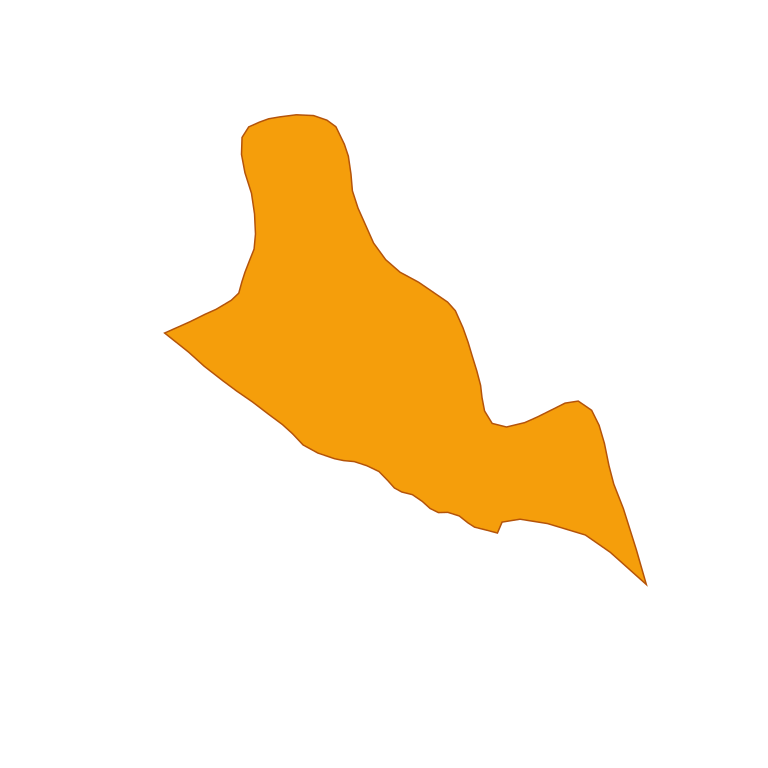 the district of Louetsi-Wano, Ngounié, Gabon, rotated 336°
{"feature_id": "22940354B18924798450478", "entity_name": "Louetsi-Wano", "entity_type": "district", "adm_level": 2, "iso_a3": "GAB", "parent_name": "Gabon", "parent_adm1": "Ngounié", "projection": "robinson", "projection_center": [11.582, -2.167], "detail": "fine", "context": "isolated", "style": "filled", "palette": "amber", "viewbox_px": 768, "rotation_deg": 336, "n_neighbors": 0, "source": "geoboundaries", "source_scale": "gbopen_adm2", "svg_char_len": 1271}
<svg xmlns="http://www.w3.org/2000/svg" viewBox="0 0 768 768"><g transform="rotate(336 384 384)"><path d="M542.1,673.9L547.1,638.2L552.0,595.2L553.2,568.8L556.3,550.1L561.2,527.9L563.7,509.2L563.0,492.5L554.5,478.6L541.6,475.1L526.9,475.8L510.9,476.5L496.8,476.5L478.4,473.1L466.8,464.0L464.9,449.5L468.0,436.3L471.7,424.5L474.1,409.9L476.0,393.9L477.8,380.1L479.0,364.8L479.0,346.1L475.4,335.0L457.0,305.1L444.1,288.4L436.1,271.1L431.8,251.0L431.8,231.5L431.8,212.8L433.7,194.7L439.2,178.8L444.1,161.4L445.3,148.9L444.7,129.5L439.2,119.8L428.8,110.1L413.4,102.4L397.5,97.6L386.5,94.8L376.7,94.1L365.0,94.1L354.6,101.0L347.2,116.3L342.9,134.4L340.5,155.9L334.9,176.0L327.6,194.7L320.2,207.9L312.3,215.6L302.5,225.3L295.7,232.9L288.3,241.9L278.5,245.4L260.8,247.5L249.1,247.5L231.9,248.2L204.3,248.2L218.4,275.3L227.0,294.7L238.1,315.5L246.7,330.8L256.5,346.8L266.3,364.8L274.7,379.7L280.2,392.2L285.3,406.8L295.5,420.2L308.4,432.1L315.9,437.5L325.3,442.8L335.1,451.7L343.8,461.9L348.1,473.5L351.2,483.2L356.3,489.9L364.9,496.6L371.2,506.8L375.5,516.5L381.4,523.6L390.1,527.2L399.1,535.2L404.2,545.0L408.5,551.6L418.7,559.6L427.0,566.3L435.7,558.2L453.2,562.8L476.6,578.0L506.5,603.8L522.2,629.7L542.1,673.9Z" fill="#f59e0b" stroke="#b45309" stroke-width="1.5"/></g></svg>